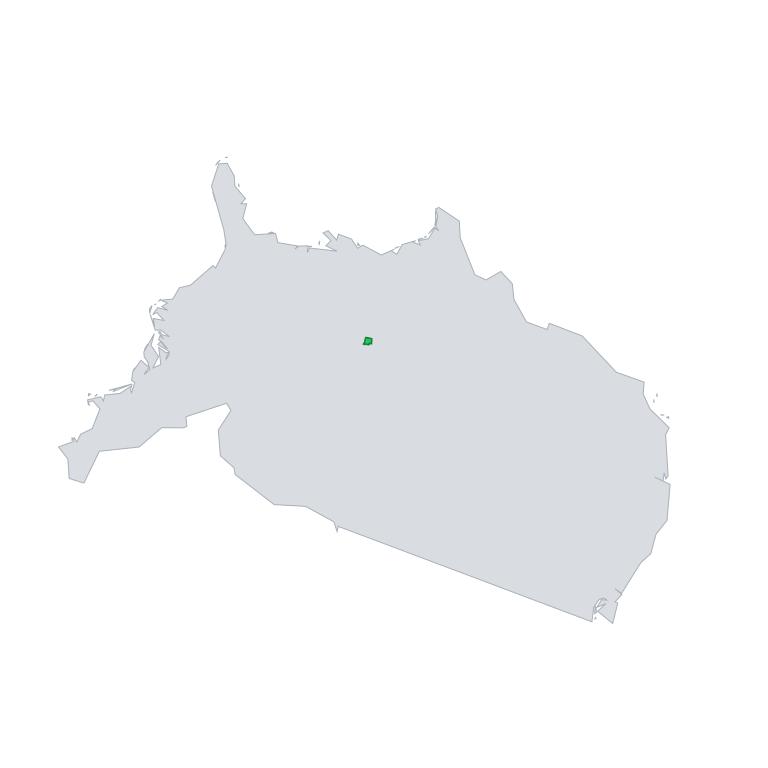 Washington, Arkansas, United States of America (highlighted), rotated 192°
{"feature_id": "52423323B11717840957677", "entity_name": "Washington", "entity_type": "district", "adm_level": 2, "iso_a3": "USA", "parent_name": "United States of America", "parent_adm1": "Arkansas", "projection": "albers", "projection_center": [-94.296, 35.993], "detail": "fine", "context": "in_parent", "style": "filled", "palette": "green", "viewbox_px": 768, "rotation_deg": 192, "n_neighbors": 0, "source": "geoboundaries", "source_scale": "gbopen_adm2", "svg_char_len": 4388}
<svg xmlns="http://www.w3.org/2000/svg" viewBox="0 0 768 768"><g transform="rotate(192 384 384)"><path d="M610.4,271.5L648.5,259.0L656.9,224.7L672.3,226.1L677.5,244.7L689.2,254.8L675.7,263.3L675.8,267.0L672.3,263.3L670.4,271.7L660.1,279.8L656.7,300.6L665.2,307.0L669.5,304.9L667.4,301.7L669.2,302.9L670.6,306.9L658.3,312.7L654.9,309.0L654.9,315.2L640.2,319.9L630.4,330.0L630.7,325.4L629.1,322.9L628.1,333.7L631.6,334.9L632.3,343.8L626.7,356.6L617.3,351.3L620.8,343.3L616.1,349.3L619.8,356.7L624.1,360.5L625.6,365.4L619.1,385.5L620.0,373.5L610.3,364.1L613.4,351.7L606.3,356.6L612.0,373.0L603.6,369.3L601.1,370.3L602.6,364.5L602.2,363.0L600.3,367.6L600.8,371.1L613.4,375.6L611.3,379.1L605.2,374.1L603.1,373.5L610.7,379.4L613.7,380.3L612.9,384.9L608.8,382.2L615.4,387.7L614.2,388.8L611.0,386.0L603.6,385.7L613.5,390.3L619.0,389.1L627.3,403.6L620.3,392.6L623.2,400.1L612.4,400.4L621.3,406.7L624.7,403.8L621.2,411.7L610.7,411.1L617.5,413.6L612.7,418.1L619.4,419.6L608.3,423.2L604.2,435.6L593.8,440.5L575.9,464.3L572.9,462.4L567.4,482.4L567.3,487.2L572.6,501.2L593.9,541.7L591.4,564.9L583.3,567.3L573.8,556.4L571.0,546.6L558.0,536.4L561.4,530.7L555.8,531.7L556.5,516.4L541.6,503.1L521.4,508.7L517.1,500.2L496.9,501.1L499.2,497.6L495.9,501.2L486.9,503.4L486.4,496.7L485.2,501.5L457.6,504.2L469.5,507.1L465.7,513.4L475.0,519.0L470.6,522.4L460.2,514.9L459.8,521.1L445.9,519.0L438.1,511.3L433.5,515.4L413.4,509.6L401.7,518.2L404.7,515.8L398.4,513.5L395.1,524.2L382.6,530.9L385.6,528.8L377.5,527.6L380.2,531.3L370.6,535.5L366.6,547.2L362.4,545.2L366.0,548.4L366.3,559.3L370.0,565.9L367.0,568.1L344.2,558.9L339.8,542.8L317.8,509.7L305.8,507.0L293.1,518.4L279.4,508.8L274.4,493.6L257.5,474.3L235.8,471.2L234.9,477.7L200.1,472.2L159.2,443.8L129.9,439.9L128.5,428.2L118.8,415.0L96.0,400.5L98.0,392.9L87.0,353.1L88.6,349.7L91.5,355.4L90.9,347.2L99.8,349.1L83.3,345.3L78.8,309.4L86.7,293.6L87.8,273.5L95.6,262.7L108.1,228.6L115.4,231.8L107.6,227.5L112.7,218.9L109.8,218.2L110.5,197.2L127.8,206.2L121.3,215.3L129.3,209.8L126.3,218.2L121.3,219.0L124.4,220.3L128.8,217.8L132.4,209.4L131.2,194.6L399.1,235.2L399.2,229.9L404.4,238.8L435.3,248.0L466.4,243.2L510.9,264.6L513.3,270.9L529.1,279.7L536.5,304.5L528.2,326.2L534.0,332.4L570.9,310.8L568.0,301.6L571.2,299.4L592.3,295.1L610.4,271.5ZM645.6,323.2L651.9,320.6L630.3,331.7L647.6,320.2L645.6,323.2ZM130.2,203.2L131.1,209.4L130.7,210.2L128.5,205.1L130.2,203.2ZM369.6,564.0L366.9,554.5L367.2,549.1L367.5,554.8L369.6,564.0ZM677.4,263.6L678.0,266.5L676.9,266.2L677.4,263.6ZM438.4,514.1L439.0,516.3L436.7,514.6L438.4,514.1ZM103.4,411.7L106.5,411.3L106.6,411.7L103.4,411.7ZM100.5,410.1L99.0,411.3L98.4,409.7L100.5,410.1ZM664.3,311.7L662.9,314.0L662.3,313.7L664.3,311.7ZM369.1,544.2L367.3,548.4L371.7,540.2L369.1,544.2ZM587.4,528.3L591.5,536.2L586.7,527.5L587.4,528.3ZM116.3,422.4L117.0,425.0L116.0,422.6L116.3,422.4ZM593.0,565.9L590.7,569.0L594.2,562.8L593.0,565.9ZM629.2,408.8L627.2,412.5L627.8,404.3L629.2,408.8ZM129.0,198.1L128.6,199.6L127.8,198.6L129.0,198.1ZM380.3,533.0L375.8,534.8L380.4,532.4L380.3,533.0ZM670.6,311.0L671.0,313.1L668.9,313.1L670.6,311.0ZM114.7,428.7L115.0,431.7L114.2,428.9L114.7,428.7ZM374.7,536.4L372.9,537.5L374.5,535.8L374.7,536.4ZM625.2,369.1L623.4,374.0L625.3,367.3L625.2,369.1ZM400.3,520.1L397.5,521.7L401.6,518.8L400.3,520.1ZM568.2,484.6L568.1,488.2L567.5,485.8L568.2,484.6ZM620.5,420.0L619.7,420.8L621.9,417.7L620.5,420.0ZM528.7,507.2L525.5,509.3L524.1,509.1L528.7,507.2ZM485.6,502.8L485.0,503.5L483.0,503.5L485.6,502.8ZM567.2,547.4L568.0,549.8L566.5,546.9L567.2,547.4ZM477.0,508.3L476.6,510.6L476.2,506.5L477.0,508.3ZM585.7,572.9L583.8,573.4L586.5,572.4L585.7,572.9ZM632.0,345.5L631.2,347.9L632.1,344.5L632.0,345.5ZM625.3,413.6L624.3,414.6L624.0,414.6L625.3,413.6Z" fill="#d9dde1" stroke="#a8b0b8" stroke-width="1"/><path d="M404.6,420.7L404.6,421.1L404.8,422.1L404.8,422.3L404.9,422.7L404.9,423.0L405.0,423.6L405.1,424.5L405.2,424.9L405.2,425.0L405.3,425.6L406.5,425.8L407.7,425.8L407.8,425.8L408.6,425.8L409.6,425.9L409.6,425.6L409.8,425.6L411.5,425.7L411.6,424.6L411.7,423.8L411.7,422.5L411.7,421.7L411.7,420.9L412.4,418.8L411.7,418.8L411.6,419.0L411.4,418.9L411.4,419.3L411.3,419.1L411.1,419.2L411.0,418.9L410.8,419.0L410.0,419.2L409.7,419.2L409.0,419.2L408.9,419.2L407.4,419.1L407.2,419.1L407.1,419.6L407.1,420.2L406.5,420.2L406.4,420.8L406.1,420.8L404.6,420.7Z" fill="#22c55e" stroke="#15803d" stroke-width="1.5"/></g></svg>